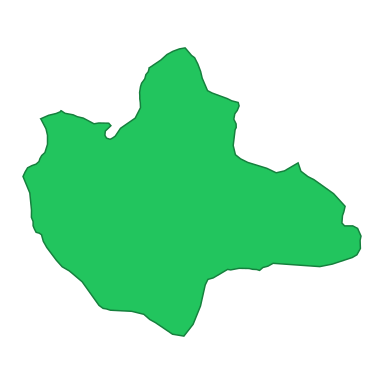 the border of Chaouia - Ouardigha
{"feature_id": "MAR-1449", "entity_name": "Chaouia - Ouardigha", "entity_type": "Region", "adm_level": 1, "iso_a3": "MAR", "parent_name": "Morocco", "parent_adm1": "", "projection": "albers", "projection_center": [-7.234, 33.091], "detail": "fine", "context": "isolated", "style": "filled", "palette": "green", "viewbox_px": 384, "rotation_deg": 0, "n_neighbors": 0, "source": "natural_earth", "source_scale": "10m", "svg_char_len": 1710}
<svg xmlns="http://www.w3.org/2000/svg" viewBox="0 0 384 384"><path d="M149.0,68.0L160.9,60.0L167.0,54.5L172.9,51.3L179.4,48.9L185.1,47.9L185.5,48.3L191.6,55.5L194.6,57.7L197.8,64.0L200.6,71.4L202.2,78.2L207.5,90.6L212.1,93.0L227.5,98.7L231.7,100.8L238.2,102.5L239.1,105.9L237.3,110.4L234.8,113.8L233.8,119.2L236.1,123.9L236.2,127.6L235.1,129.7L233.2,145.5L235.4,154.7L240.5,158.8L247.7,162.4L266.8,168.3L276.2,172.8L284.4,170.9L298.1,162.9L300.9,171.2L307.9,176.6L314.0,179.7L333.6,193.7L345.1,206.3L343.8,211.9L342.5,215.6L341.9,223.0L344.6,225.9L352.8,225.9L357.6,228.4L361.0,236.1L360.1,240.4L360.4,248.5L356.9,254.8L352.3,257.5L332.3,264.1L319.8,266.6L273.1,263.3L267.9,266.2L262.9,267.5L259.6,270.4L256.6,269.5L252.6,269.3L249.2,268.5L239.1,268.3L230.6,269.9L227.6,269.4L213.2,277.9L207.9,279.4L205.2,285.0L200.5,306.0L193.1,324.3L183.9,336.1L172.5,334.2L155.4,322.6L149.8,319.5L143.8,314.3L131.7,311.3L110.4,310.2L106.3,308.9L103.1,308.4L99.0,305.4L82.1,281.7L69.3,270.9L62.2,266.8L56.4,260.3L46.8,247.5L43.3,241.3L41.5,234.7L39.3,233.2L36.1,232.3L34.4,229.0L33.1,225.8L33.1,221.5L31.4,217.3L31.5,210.1L29.8,192.9L23.0,176.5L25.2,171.8L27.6,167.8L31.9,165.6L36.1,164.1L39.0,161.5L39.9,158.7L41.7,155.5L44.9,152.6L47.5,144.3L47.5,135.3L46.0,128.8L41.0,119.2L40.7,118.8L48.6,115.3L56.1,113.5L60.2,111.8L61.0,110.7L61.3,110.8L65.0,113.3L73.1,114.8L77.3,116.7L83.3,118.1L94.0,123.8L98.8,123.0L108.7,123.2L110.9,125.7L105.3,131.1L104.9,135.3L106.5,138.1L110.1,139.3L112.6,138.0L115.2,136.2L120.5,128.3L135.2,118.1L140.5,107.7L140.3,102.7L139.8,98.9L139.8,95.7L139.6,92.5L140.5,86.7L141.6,83.2L144.8,78.8L145.9,74.6L148.2,71.8L149.1,68.5L149.0,68.0Z" fill="#22c55e" stroke="#15803d" stroke-width="1.5"/></svg>